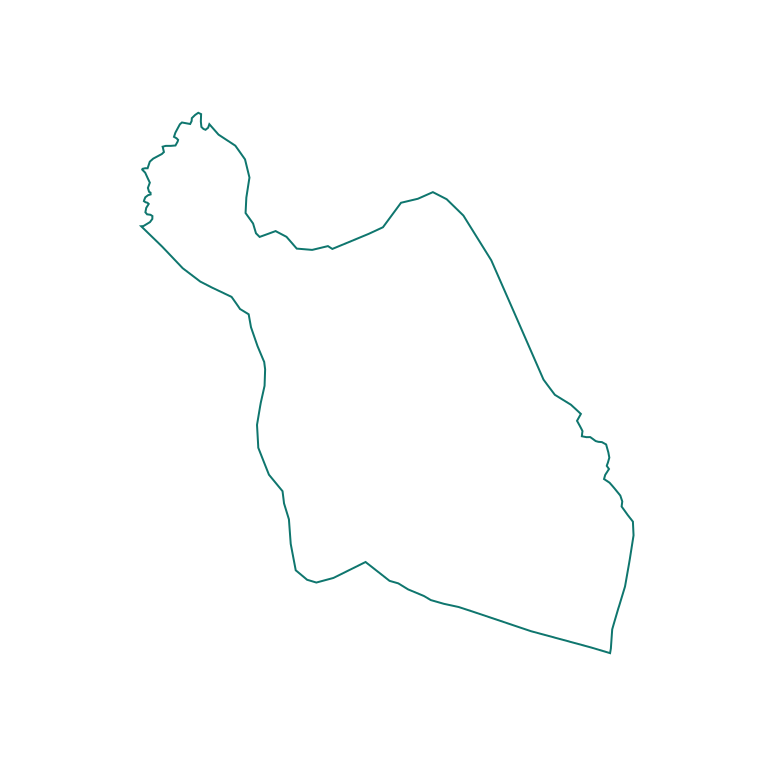 Gbao, Grand Gedeh, Liberia, rotated 286°
{"feature_id": "62588387B49218131763508", "entity_name": "Gbao", "entity_type": "district", "adm_level": 2, "iso_a3": "LBR", "parent_name": "Liberia", "parent_adm1": "Grand Gedeh", "projection": "albers", "projection_center": [-8.462, 6.068], "detail": "fine", "context": "isolated", "style": "outline", "palette": "teal", "viewbox_px": 768, "rotation_deg": 286, "n_neighbors": 0, "source": "geoboundaries", "source_scale": "gbopen_adm2", "svg_char_len": 2427}
<svg xmlns="http://www.w3.org/2000/svg" viewBox="0 0 768 768"><g transform="rotate(286 384 384)"><path d="M373.2,261.9L372.3,262.7L365.3,265.7L349.3,269.7L332.2,270.7L328.2,271.1L309.7,273.2L290.2,280.0L288.1,280.7L274.8,290.9L265.1,298.4L253.0,316.0L250.2,317.2L244.1,319.8L241.7,320.8L227.7,329.9L222.0,332.0L204.6,338.4L180.6,350.5L174.6,364.1L174.6,366.4L174.5,373.7L183.6,388.8L205.4,412.7L207.8,415.3L196.3,443.6L196.3,452.7L193.2,463.8L191.2,480.9L189.2,488.5L189.2,493.0L189.2,502.1L190.2,517.2L189.7,531.3L189.5,535.7L187.4,582.2L186.9,593.6L187.8,655.7L187.6,675.5L192.2,675.0L211.0,671.0L215.0,671.0L216.0,671.0L232.9,671.1L235.4,671.2L255.8,671.5L278.6,669.1L283.9,668.5L307.3,665.6L320.3,661.2L323.7,656.5L324.6,655.3L325.0,654.7L326.9,652.3L331.7,646.2L336.8,645.4L341.9,641.9L347.4,634.0L349.2,631.3L351.3,628.0L353.3,621.7L354.2,621.7L357.6,621.7L364.3,623.7L366.7,620.7L367.6,620.7L370.2,620.9L375.3,620.9L380.1,618.5L384.3,615.9L387.1,614.2L388.2,609.5L387.5,605.9L387.5,603.2L388.7,600.0L389.8,596.9L389.5,595.8L388.7,593.3L388.3,588.6L391.8,588.0L393.4,587.8L395.5,585.9L397.7,583.8L401.8,579.7L404.8,580.4L409.5,581.5L415.6,569.4L418.4,559.4L420.7,551.2L428.2,541.3L432.2,536.1L483.8,493.4L532.5,453.0L567.8,413.9L578.9,393.3L581.9,378.1L571.4,365.5L562.9,350.4L534.4,339.8L524.1,327.9L499.6,297.1L501.1,292.1L493.4,278.5L493.1,277.9L490.1,262.8L498.6,249.7L501.1,237.6L496.6,231.5L491.1,223.9L493.6,219.4L502.2,213.9L510.2,203.8L525.2,200.3L543.4,198.0L545.3,197.8L561.6,188.5L567.0,181.8L572.1,175.4L578.1,156.2L585.6,144.5L581.9,144.3L579.2,142.4L579.4,140.2L580.8,137.6L585.8,135.6L593.0,133.8L593.5,130.7L590.6,128.3L586.6,126.0L583.7,126.6L580.5,126.0L580.4,124.9L579.7,117.7L577.4,116.2L568.2,114.2L563.7,114.0L563.0,116.9L561.9,118.8L560.1,118.8L555.8,117.8L554.1,113.3L552.7,108.5L551.1,105.8L550.1,106.4L546.3,108.5L543.9,107.1L537.0,100.0L533.2,97.6L528.7,97.4L526.2,97.3L525.6,95.0L524.3,92.6L523.4,92.5L521.3,96.2L516.4,100.4L513.0,103.4L507.4,103.0L504.0,105.2L503.6,106.8L501.9,107.4L500.5,105.2L497.7,103.1L494.9,102.8L493.6,102.8L493.0,104.7L493.0,106.7L492.2,108.2L487.8,106.9L483.3,107.3L481.8,109.5L482.3,112.9L481.6,115.1L478.8,115.8L475.1,114.4L469.5,109.2L468.7,107.1L454.9,132.9L439.8,158.6L431.8,179.2L429.3,191.9L425.7,213.5L420.8,219.6L417.7,223.4L416.4,224.9L413.7,234.7L401.9,240.5L386.1,251.6L385.4,252.1L373.2,261.9Z" fill="none" stroke="#0f766e" stroke-width="2"/></g></svg>